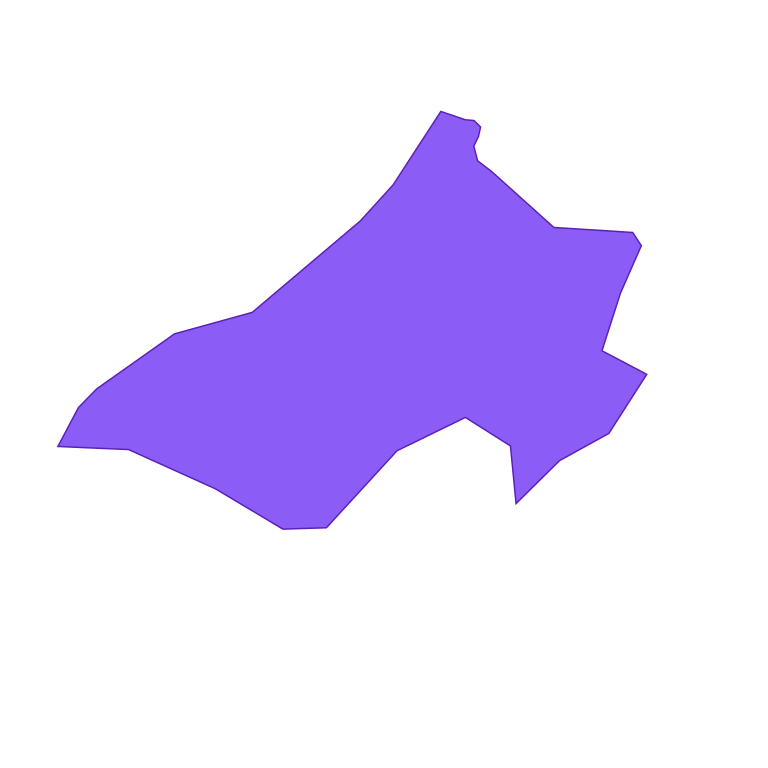 SVG path tracing the border of Jaunpils, rotated 139°
{"feature_id": "LVA-5763", "entity_name": "Jaunpils", "entity_type": "Municipality", "adm_level": 1, "iso_a3": "LVA", "parent_name": "Latvia", "parent_adm1": "", "projection": "natural_earth1", "projection_center": [22.921, 56.775], "detail": "fine", "context": "isolated", "style": "filled", "palette": "violet", "viewbox_px": 768, "rotation_deg": 139, "n_neighbors": 0, "source": "natural_earth", "source_scale": "10m", "svg_char_len": 553}
<svg xmlns="http://www.w3.org/2000/svg" viewBox="0 0 768 768"><g transform="rotate(139 384 384)"><path d="M603.8,568.8L509.2,559.3L436.4,524.5L294.8,522.6L246.5,528.3L162.3,552.4L149.3,530.1L143.2,523.8L142.5,514.6L150.2,508.9L160.2,504.6L166.9,491.0L163.4,473.9L153.1,390.7L96.9,335.2L99.0,319.6L145.8,297.5L197.7,266.1L179.4,218.9L246.7,199.2L301.7,211.0L362.8,207.1L329.2,254.3L344.5,305.4L417.9,325.1L521.8,313.3L555.5,340.8L580.0,415.5L619.8,502.1L671.1,550.8L630.0,566.7L603.8,568.8Z" fill="#8b5cf6" stroke="#5b21b6" stroke-width="1.5"/></g></svg>